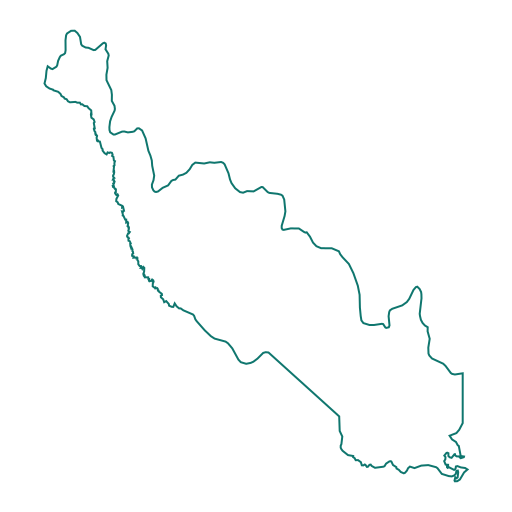 Codajás, Amazonas, Brazil
{"feature_id": "56859067B38130670878820", "entity_name": "Codajás", "entity_type": "district", "adm_level": 2, "iso_a3": "BRA", "parent_name": "Brazil", "parent_adm1": "Amazonas", "projection": "equal_earth", "projection_center": [-63.147, -3.128], "detail": "fine", "context": "isolated", "style": "outline", "palette": "teal", "viewbox_px": 512, "rotation_deg": 0, "n_neighbors": 0, "source": "geoboundaries", "source_scale": "gbopen_adm2", "svg_char_len": 6007}
<svg xmlns="http://www.w3.org/2000/svg" viewBox="0 0 512 512"><path d="M419.6,289.0L417.3,286.7L415.9,287.1L413.5,289.9L409.2,298.9L406.8,302.1L402.2,305.4L392.2,308.8L389.9,310.4L389.2,312.1L388.6,316.2L389.5,325.4L388.8,327.3L386.2,327.9L385.3,327.4L383.2,324.1L381.9,323.8L374.0,325.0L369.5,325.0L363.4,323.1L361.4,320.4L360.7,316.0L359.9,307.6L359.6,294.8L357.8,285.7L353.4,273.2L348.9,264.0L342.5,257.2L340.2,254.2L338.9,251.3L331.8,248.3L321.1,248.2L316.4,246.2L313.0,242.6L310.0,236.7L306.7,232.3L305.4,232.6L304.1,232.0L298.9,228.5L290.7,228.4L283.7,229.9L282.5,229.6L281.7,228.1L281.7,225.8L284.6,216.0L285.4,211.4L284.2,199.5L282.5,195.7L281.0,194.7L277.5,193.8L269.3,192.9L267.7,192.1L262.7,187.1L261.4,187.0L253.6,191.4L247.1,191.1L243.1,192.7L240.0,192.1L235.2,188.3L231.5,183.1L230.0,179.4L228.5,173.3L224.6,164.3L223.1,162.8L221.1,162.0L214.3,162.8L209.8,162.3L204.2,163.5L195.3,162.6L192.3,164.9L189.7,169.2L186.4,172.8L183.0,174.6L178.8,175.7L175.4,179.6L173.1,180.0L171.4,180.9L168.1,185.4L162.7,187.8L158.0,191.5L156.0,192.0L154.6,191.6L153.4,190.4L152.0,187.4L151.9,184.6L153.5,180.2L154.2,175.6L152.2,165.8L151.8,160.5L150.4,155.6L148.4,150.8L145.6,138.4L142.1,130.5L138.9,128.3L137.2,128.4L134.3,131.3L132.7,131.8L127.9,132.4L124.3,131.5L122.1,131.6L115.0,134.5L113.4,134.5L110.2,132.3L109.5,130.1L109.4,127.1L110.1,121.3L111.6,116.9L114.6,110.6L114.9,108.9L114.5,105.8L111.8,100.9L111.9,94.8L111.3,90.1L106.5,80.2L106.4,74.7L107.6,67.8L107.2,61.2L108.7,55.5L108.3,53.7L105.5,49.3L106.1,45.4L105.7,43.5L104.3,42.7L102.9,43.3L95.3,49.9L93.6,50.1L88.5,47.8L85.6,47.5L82.2,45.7L81.2,44.3L80.0,36.9L77.4,33.0L74.7,30.7L71.1,30.8L67.0,33.5L66.1,35.3L65.5,40.3L65.6,50.3L65.1,53.1L64.0,54.2L60.8,55.7L59.8,57.1L58.1,60.9L57.2,65.3L56.4,66.7L52.5,69.1L50.9,68.6L47.7,66.3L46.5,70.8L45.8,78.1L44.5,83.5L46.2,86.3L49.5,88.5L53.1,89.7L53.4,90.3L58.2,91.8L60.5,93.9L61.5,96.0L63.9,97.3L64.6,98.6L66.6,99.2L68.0,101.3L70.0,102.3L75.5,101.9L77.3,102.7L79.9,102.7L80.9,104.4L82.3,104.3L84.4,106.0L87.3,106.3L88.5,108.1L91.2,110.4L91.5,114.0L91.0,113.8L90.9,114.6L91.4,117.7L93.7,119.4L94.6,122.0L93.8,123.0L94.7,128.1L94.2,128.0L93.8,128.8L94.6,131.3L95.4,132.2L95.3,133.8L95.6,134.6L96.0,134.3L97.1,135.9L96.6,137.7L97.0,140.7L97.4,141.1L98.0,140.5L98.9,141.5L99.9,141.6L101.5,147.9L102.6,149.2L102.6,150.6L104.6,153.2L106.6,154.4L107.6,152.4L109.2,153.0L110.1,152.4L111.9,152.8L112.6,154.5L112.1,155.9L113.4,156.7L113.9,160.5L115.0,161.2L114.4,162.9L114.5,165.3L113.6,166.1L114.0,166.7L113.5,171.3L114.1,171.1L114.2,172.5L113.7,174.7L113.1,175.3L113.1,176.6L114.2,177.9L113.6,178.1L112.9,179.7L113.7,179.7L114.5,181.5L114.0,181.8L114.3,182.4L114.0,183.4L113.2,183.6L113.8,186.0L112.8,186.0L113.0,186.9L113.6,186.9L114.8,188.8L115.4,188.7L115.9,189.3L115.8,192.5L115.1,192.6L115.1,193.3L116.1,194.8L116.8,195.1L117.6,194.4L118.2,195.5L116.4,198.9L116.2,201.2L117.7,202.3L118.3,204.0L122.2,205.8L122.1,207.5L123.1,207.0L124.0,210.8L123.2,211.0L122.8,212.4L122.2,212.0L122.9,214.6L122.7,215.5L123.5,215.9L125.2,219.6L126.2,219.6L126.2,221.9L126.7,221.4L127.2,221.9L126.8,222.5L127.2,222.8L127.8,222.3L128.2,223.1L127.6,226.0L128.2,226.1L128.6,226.9L128.4,227.5L128.9,227.6L128.9,229.0L128.3,230.5L128.5,231.2L129.8,232.0L128.8,233.4L128.1,233.4L127.0,236.0L127.5,237.1L128.5,237.5L128.9,238.3L128.4,238.6L128.5,240.7L129.7,241.2L130.1,242.0L130.7,243.4L130.2,243.7L130.4,246.0L131.1,248.0L131.5,247.3L132.5,249.5L132.4,251.1L132.9,251.6L133.2,253.4L132.2,254.2L132.1,255.8L133.8,256.4L133.4,257.7L136.7,257.5L136.6,258.4L137.4,258.3L137.4,260.1L138.3,261.3L138.3,264.2L139.6,266.0L141.2,266.1L141.5,266.8L140.7,267.9L142.0,268.1L142.3,268.8L143.4,267.0L144.3,267.9L144.1,271.7L143.3,273.9L143.7,275.4L144.4,274.9L144.7,275.5L144.8,277.3L148.2,277.3L148.4,279.0L149.1,279.0L148.9,280.7L149.4,281.3L151.2,280.8L151.6,280.0L152.1,280.0L152.4,281.1L152.9,280.9L152.8,280.0L153.2,280.3L153.6,281.6L152.8,283.6L152.7,286.3L154.7,287.8L155.3,287.5L155.4,288.4L157.2,288.1L157.7,288.7L157.9,290.5L158.5,290.5L159.0,291.7L161.8,293.8L162.0,295.1L160.8,295.7L160.9,297.3L163.2,299.3L164.2,302.2L166.2,301.1L168.8,304.0L169.1,305.7L172.0,306.9L173.3,306.9L174.7,303.4L176.6,306.3L179.1,308.4L180.7,308.4L183.3,310.3L193.0,314.5L194.1,315.8L195.4,319.4L196.7,321.2L204.8,330.4L210.9,336.2L214.6,338.6L225.6,341.6L228.0,343.3L232.3,348.4L238.4,359.6L240.8,362.2L246.2,363.8L250.7,362.9L253.4,361.7L257.5,358.6L263.2,352.9L265.7,352.2L268.5,352.5L339.2,416.4L339.7,431.0L342.3,436.5L341.4,444.1L340.7,445.7L340.7,447.7L341.4,449.2L342.6,450.8L348.0,455.1L353.2,456.0L353.1,457.1L354.6,458.1L355.7,460.2L358.0,460.1L360.9,462.2L361.8,465.3L363.4,465.4L364.7,464.5L365.4,464.8L366.9,466.9L367.8,466.8L369.5,464.8L370.7,464.6L371.6,465.9L375.0,467.8L383.4,466.7L384.5,466.2L386.1,463.6L389.4,461.4L390.8,461.2L391.4,461.6L393.0,465.0L396.3,467.1L396.5,468.5L398.8,469.8L400.8,472.0L403.8,473.3L405.0,472.8L407.0,470.5L408.0,468.3L409.9,466.6L414.5,468.1L421.3,465.6L428.3,465.1L436.1,467.2L437.5,468.2L441.8,473.9L448.8,476.1L451.8,476.4L454.3,475.4L455.9,473.7L456.4,471.0L457.8,470.6L458.2,472.2L457.6,477.5L456.4,478.3L455.3,477.3L454.5,480.6L454.9,481.3L457.2,481.2L459.9,479.5L464.1,472.4L467.5,469.5L465.1,468.0L460.8,467.4L457.4,466.1L455.9,466.5L455.5,468.9L454.1,469.9L448.9,467.2L447.7,467.9L447.0,467.2L447.0,466.3L448.1,465.7L448.1,464.8L445.6,464.6L444.2,461.1L445.3,459.4L445.5,457.1L444.3,455.6L446.5,452.9L447.3,452.7L448.4,453.2L448.4,456.0L449.7,457.3L451.6,457.8L454.5,454.2L455.0,454.2L455.2,455.4L456.7,456.4L459.6,456.4L459.6,457.2L460.7,458.2L463.8,457.2L464.0,456.5L460.7,456.0L458.8,446.0L457.7,445.2L456.0,442.0L452.0,439.4L449.6,435.7L456.4,433.1L459.2,429.8L462.7,423.1L462.7,373.3L454.9,374.5L452.1,373.9L450.8,373.0L445.6,366.0L443.2,363.7L432.0,358.5L429.3,355.5L428.5,353.6L428.3,347.6L429.7,338.8L427.6,331.3L427.7,327.2L424.9,325.5L422.6,323.0L420.9,319.8L420.0,316.0L419.7,313.8L421.5,298.3L421.4,294.2L421.1,292.0L419.6,289.0Z" fill="none" stroke="#0f766e" stroke-width="2"/></svg>